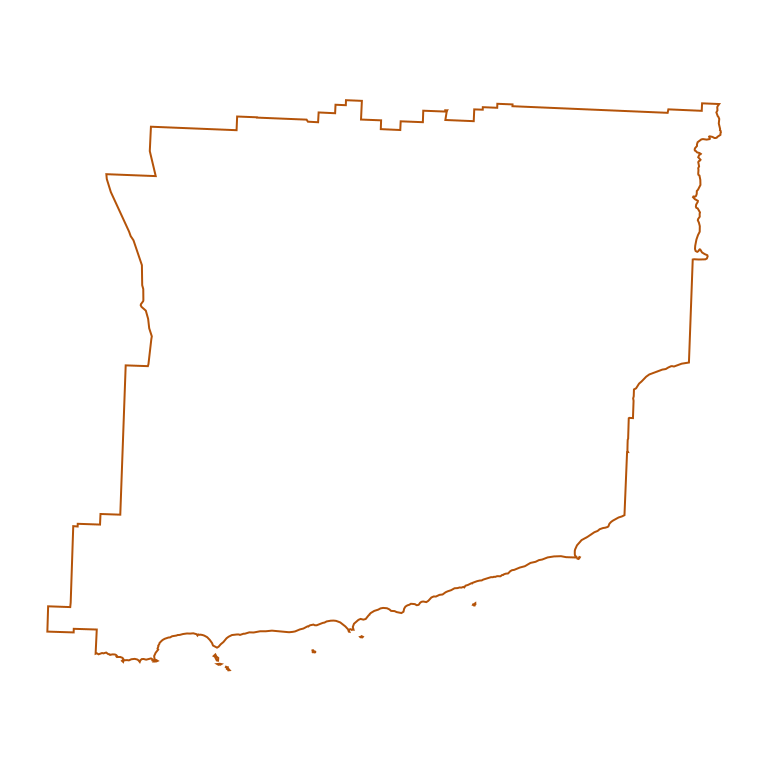 Dandaragan, Western Australia, Australia (orthographic projection), rotated 272°
{"feature_id": "25037944B25957721357526", "entity_name": "Dandaragan", "entity_type": "district", "adm_level": 2, "iso_a3": "AUS", "parent_name": "Australia", "parent_adm1": "Western Australia", "projection": "orthographic", "projection_center": [115.251, -30.541], "detail": "fine", "context": "isolated", "style": "outline", "palette": "amber", "viewbox_px": 768, "rotation_deg": 272, "n_neighbors": 0, "source": "geoboundaries", "source_scale": "gbopen_adm2", "svg_char_len": 6125}
<svg xmlns="http://www.w3.org/2000/svg" viewBox="0 0 768 768"><g transform="rotate(272 384 384)"><path d="M104.4,105.2L104.9,106.3L103.9,108.2L105.3,111.6L105.0,113.0L105.9,115.7L104.4,117.9L104.3,119.2L103.7,119.7L104.3,121.9L104.3,124.5L103.7,125.9L102.9,126.6L102.3,126.1L101.8,126.6L102.0,129.9L101.2,132.2L99.7,133.3L98.2,131.8L97.2,133.0L98.3,133.2L98.9,134.6L99.1,137.0L98.9,138.7L100.1,141.1L100.6,144.5L100.0,147.2L99.2,148.3L97.7,149.6L99.4,150.2L100.6,151.5L100.8,153.3L100.2,155.9L101.6,160.7L101.1,161.7L100.5,162.1L100.0,162.1L100.1,162.5L99.2,163.4L98.6,163.2L98.6,164.0L99.5,163.6L100.0,163.9L100.1,164.5L99.9,165.3L99.0,165.3L98.8,166.2L99.4,167.4L100.2,166.0L100.4,165.1L101.3,164.2L104.1,163.8L107.5,165.2L110.7,167.6L111.6,166.9L114.1,167.7L114.6,167.5L116.2,168.5L117.3,168.7L118.9,170.1L120.4,171.6L121.7,173.7L123.1,177.4L123.3,179.1L124.5,181.0L125.4,185.5L125.9,186.4L126.1,188.6L127.1,191.8L127.8,195.8L127.8,198.9L128.2,202.1L127.4,205.4L126.1,206.4L127.2,207.2L126.9,208.3L127.1,209.4L126.8,211.4L126.3,213.1L124.8,216.1L122.2,218.8L119.1,221.2L116.7,222.2L114.7,226.3L115.7,227.9L118.2,229.9L120.5,232.5L124.4,235.5L126.0,237.5L127.8,240.8L128.6,246.1L128.6,247.7L128.2,248.8L129.5,252.3L129.6,253.7L131.1,258.1L131.1,262.4L132.6,269.0L132.8,274.8L133.6,280.6L132.6,297.8L133.1,301.4L133.6,303.7L135.8,308.5L136.8,312.0L138.9,315.6L139.2,316.3L139.0,316.9L139.8,317.7L140.3,318.6L141.1,321.9L140.5,323.2L140.5,325.1L143.1,331.1L143.5,332.9L144.7,334.9L145.6,339.1L145.8,342.0L145.6,344.4L144.2,348.6L140.4,353.8L137.6,356.6L135.3,357.5L135.2,358.0L137.2,357.1L137.2,357.8L137.7,358.6L137.8,359.4L137.1,360.4L137.5,361.2L137.4,362.1L140.1,361.3L143.4,362.4L147.4,366.7L148.4,368.8L147.8,371.6L148.5,373.9L152.4,376.8L153.0,377.6L153.6,377.7L154.7,378.8L156.9,382.2L158.3,386.1L159.6,388.3L160.2,390.9L160.0,394.8L158.9,397.3L157.5,399.0L157.4,402.5L156.5,404.6L155.7,409.4L157.1,411.4L160.2,412.0L162.3,413.2L163.6,415.1L164.2,416.9L165.3,418.6L165.1,422.5L164.1,424.3L164.3,425.7L164.7,426.5L166.6,427.7L167.6,429.0L168.0,430.7L167.5,433.9L168.8,435.8L172.3,438.8L173.4,441.1L173.4,443.3L175.2,446.8L175.7,449.9L178.0,452.8L179.0,454.8L180.3,458.3L182.3,461.6L182.6,464.6L183.3,466.7L183.2,468.4L184.0,470.4L183.5,471.3L185.3,472.5L186.1,474.9L188.0,478.4L187.8,479.1L188.5,479.7L190.2,483.9L190.9,486.5L191.1,488.5L192.0,490.0L194.7,497.7L194.7,499.5L195.2,500.7L195.1,501.8L195.9,503.8L195.9,507.1L197.3,508.8L197.3,509.7L198.0,510.5L198.7,512.3L199.0,514.6L201.4,516.8L202.4,518.5L202.8,520.6L205.3,526.1L206.8,531.1L210.3,536.6L211.6,541.7L213.4,545.0L214.1,548.2L216.4,553.6L217.6,559.8L218.1,566.9L217.3,572.0L217.3,582.1L217.8,582.4L219.3,580.9L220.6,580.6L223.9,580.5L225.4,580.8L229.5,582.5L234.9,586.9L238.2,592.5L243.2,599.4L244.6,602.6L246.4,604.6L247.7,607.9L248.1,610.1L248.9,612.4L249.5,613.2L252.3,614.2L254.2,615.9L255.5,617.6L258.8,623.1L260.0,626.5L261.3,628.9L324.5,629.3L324.5,630.3L325.9,629.6L333.1,629.5L336.8,629.5L337.8,629.9L358.3,629.8L358.7,630.3L358.6,634.0L375.9,634.0L378.3,633.5L380.4,634.0L387.3,634.0L388.5,636.1L393.3,638.9L395.5,641.3L400.4,645.7L402.8,648.8L408.1,661.6L408.8,665.1L410.4,667.5L411.8,670.3L411.9,671.3L411.6,673.2L414.7,680.8L416.1,688.0L519.2,688.2L519.5,689.5L519.4,694.3L519.8,700.8L520.7,702.3L522.9,703.0L524.0,702.6L525.0,700.0L526.6,697.2L529.4,695.4L529.6,694.9L529.3,694.5L527.7,693.5L527.0,692.4L527.8,690.8L529.8,690.1L533.0,690.2L539.3,691.2L543.8,692.6L547.2,694.2L552.8,694.1L556.2,693.1L558.6,691.9L559.9,692.2L562.2,693.7L565.0,693.5L566.5,693.8L570.4,691.4L571.0,690.0L572.0,689.5L574.2,689.7L576.9,691.2L578.0,691.3L579.6,688.2L581.5,686.3L582.2,686.7L582.2,688.6L582.9,689.3L584.9,689.9L587.8,689.9L589.1,691.0L594.0,693.3L599.0,693.0L603.3,692.0L604.1,690.9L605.0,690.7L608.9,690.8L610.7,690.5L612.5,691.3L616.7,690.3L617.8,691.0L618.1,691.7L619.1,692.5L621.6,690.1L624.3,691.2L624.6,692.3L625.0,692.6L625.9,691.1L626.4,688.8L627.7,687.5L628.2,686.5L629.5,686.3L630.6,686.7L632.8,688.5L634.3,688.4L636.6,689.0L639.5,692.6L639.9,694.2L639.5,697.9L640.1,700.8L640.4,701.1L642.6,700.3L642.9,700.9L642.4,703.6L641.4,705.6L641.4,707.0L642.0,708.2L642.6,708.5L644.7,711.5L646.8,711.6L647.3,711.9L648.9,711.5L649.3,710.9L650.6,711.0L656.0,709.5L660.6,709.8L662.6,708.9L663.3,708.2L667.0,706.7L669.1,707.7L672.2,707.4L673.0,707.6L675.5,709.2L675.6,692.1L668.1,692.0L668.4,658.6L664.9,658.0L666.1,502.7L667.9,502.7L668.0,487.5L664.0,487.5L664.1,473.1L661.6,473.1L661.6,464.6L649.8,464.5L650.0,436.1L658.0,437.1L659.6,437.6L659.3,436.6L659.7,436.9L659.7,435.6L658.4,435.6L658.5,413.7L647.0,413.7L647.1,391.5L638.4,391.4L638.6,371.9L647.4,371.9L647.5,351.8L666.2,352.0L666.3,336.1L661.3,336.1L661.4,325.8L652.9,325.7L653.1,309.2L643.3,309.0L643.5,298.8L645.5,297.4L645.8,247.8L646.1,247.8L646.2,227.9L632.5,227.8L633.0,142.1L608.6,141.8L583.8,148.6L584.0,99.2L579.2,99.8L566.3,104.3L527.4,123.9L522.9,125.7L518.9,128.6L494.3,137.9L474.3,138.9L470.5,140.1L459.3,140.6L458.3,140.4L455.3,138.3L454.2,138.1L452.6,139.0L449.0,143.4L440.9,146.0L431.5,147.4L423.5,150.3L420.7,149.9L395.6,147.9L393.6,147.4L393.6,125.2L244.2,125.0L244.2,105.2L233.6,105.1L233.6,82.8L230.9,82.8L231.1,78.4L154.6,78.5L150.1,78.2L150.1,56.1L124.8,56.2L124.9,82.5L128.5,82.5L128.6,105.5L104.4,105.2ZM101.7,227.8L104.4,227.9L105.8,226.0L107.8,224.9L106.2,223.3L105.6,224.5L102.1,226.4L101.8,226.7L101.7,227.8ZM95.9,236.0L95.5,235.8L94.5,237.2L93.7,237.0L93.2,238.0L92.4,238.4L92.6,239.7L94.5,237.9L95.5,237.8L95.5,236.8L95.9,236.0ZM113.4,322.3L113.6,323.1L113.3,323.8L113.5,324.6L113.9,324.7L114.2,324.4L114.0,323.3L114.5,323.1L114.4,322.6L115.2,322.7L115.5,322.3L115.3,321.8L114.4,322.2L113.7,322.0L113.4,322.3ZM167.0,483.0L168.1,482.9L166.9,481.3L166.9,480.8L166.4,480.6L166.3,481.7L165.8,481.8L165.8,482.3L166.8,482.6L167.0,483.0ZM97.9,228.7L97.7,230.1L98.4,231.2L98.7,229.6L98.3,227.1L97.6,228.4L97.7,228.7L97.9,228.7ZM130.1,369.3L130.0,371.2L130.6,371.7L131.2,370.4L130.6,369.7L130.4,369.0L130.1,369.3ZM217.7,585.8L217.9,585.3L216.7,584.7L216.4,583.7L216.2,583.6L215.9,584.3L216.3,585.0L217.7,585.8Z" fill="none" stroke="#b45309" stroke-width="2"/></g></svg>